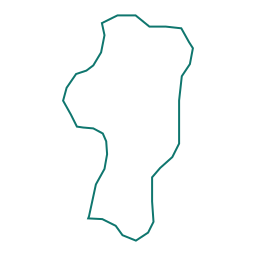 Mullsjö, Västra Götaland, Sweden (Mercator projection)
{"feature_id": "70781695B30148016618551", "entity_name": "Mullsjö", "entity_type": "district", "adm_level": 2, "iso_a3": "SWE", "parent_name": "Sweden", "parent_adm1": "Västra Götaland", "projection": "mercator", "projection_center": [13.852, 57.962], "detail": "fine", "context": "isolated", "style": "outline", "palette": "teal", "viewbox_px": 256, "rotation_deg": 0, "n_neighbors": 0, "source": "geoboundaries", "source_scale": "gbopen_adm2", "svg_char_len": 635}
<svg xmlns="http://www.w3.org/2000/svg" viewBox="0 0 256 256"><path d="M192.9,48.2L189.0,42.1L181.3,28.3L165.8,26.6L149.4,26.6L135.6,15.4L117.5,15.4L112.4,17.9L101.9,23.1L104.5,35.2L101.1,52.4L93.3,65.4L86.4,70.6L76.1,74.0L66.6,87.8L63.1,100.7L70.9,114.6L76.4,125.6L76.9,126.6L83.0,127.5L93.3,128.4L102.8,133.5L106.2,141.3L107.1,154.2L104.5,168.9L95.9,184.4L91.6,204.3L89.0,216.3L88.2,218.4L102.3,219.1L115.7,225.8L122.5,235.2L135.9,240.6L148.1,232.6L150.8,227.2L153.5,221.8L152.1,201.6L152.1,177.3L160.2,167.9L172.3,157.1L179.1,143.6L179.1,100.5L181.8,76.2L189.9,64.1L192.9,48.2Z" fill="none" stroke="#0f766e" stroke-width="2"/></svg>